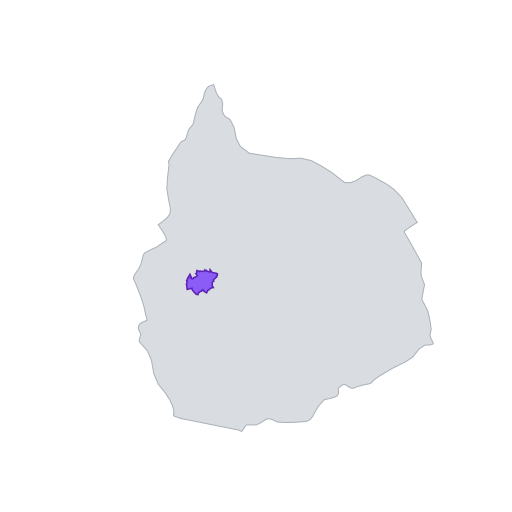 location of Umzingwane, Matabeleland South, Zimbabwe, rotated 58°
{"feature_id": "62879985B43566873745809", "entity_name": "Umzingwane", "entity_type": "district", "adm_level": 2, "iso_a3": "ZWE", "parent_name": "Zimbabwe", "parent_adm1": "Matabeleland South", "projection": "albers", "projection_center": [28.89, -20.328], "detail": "fine", "context": "in_parent", "style": "filled", "palette": "violet", "viewbox_px": 512, "rotation_deg": 58, "n_neighbors": 0, "source": "geoboundaries", "source_scale": "gbopen_adm2", "svg_char_len": 4146}
<svg xmlns="http://www.w3.org/2000/svg" viewBox="0 0 512 512"><g transform="rotate(58 256 256)"><path d="M347.9,410.6L344.1,407.9L338.9,406.2L332.2,405.3L323.6,405.5L312.9,406.8L301.5,405.0L289.3,400.0L279.2,398.3L267.1,400.3L266.6,400.4L264.5,398.7L261.2,395.1L255.7,394.5L254.2,393.7L252.9,392.3L252.1,390.6L251.8,388.8L252.7,382.9L252.2,382.2L250.8,381.5L247.7,380.8L240.4,378.1L231.3,375.6L216.4,372.8L210.6,372.1L209.3,371.2L207.6,369.1L204.7,362.3L201.9,357.9L195.5,351.1L194.4,348.9L194.7,343.5L195.2,339.1L195.8,335.3L195.5,331.8L195.4,327.5L195.5,324.5L194.7,323.3L192.3,322.4L185.7,322.1L177.6,322.3L177.3,317.9L176.5,311.1L174.9,307.1L173.0,305.1L169.3,303.0L161.7,300.2L151.4,295.8L142.6,289.4L132.4,281.3L129.3,280.0L125.4,272.3L119.5,259.3L119.8,254.9L118.9,252.8L113.3,246.4L112.0,243.1L111.0,239.7L102.0,230.4L98.9,226.3L96.5,221.0L94.2,216.8L92.2,215.2L89.6,212.3L87.8,209.1L87.0,206.6L87.5,203.3L88.3,201.1L96.8,203.2L101.4,203.3L105.0,202.1L109.4,203.6L114.8,207.8L120.6,208.5L126.8,205.7L135.2,206.4L145.9,210.5L154.7,211.2L165.2,207.3L174.4,196.7L183.1,186.7L191.7,175.3L196.9,166.0L204.5,158.5L214.7,152.7L225.0,147.7L240.8,141.8L244.0,136.8L245.0,131.5L245.0,124.0L245.9,119.1L247.5,116.9L250.1,115.2L253.6,113.0L264.0,107.3L272.8,103.7L283.6,101.4L295.3,101.4L306.6,101.5L313.0,101.5L313.0,108.7L313.4,116.8L314.7,117.6L323.1,117.9L336.7,118.6L349.8,119.3L358.1,125.3L360.9,126.6L369.6,128.3L380.5,138.3L393.8,139.5L402.9,142.7L410.9,146.2L415.4,150.4L418.4,151.3L422.5,151.7L424.4,152.2L423.9,155.1L421.1,159.9L421.3,166.9L424.8,176.8L425.0,185.3L423.5,200.2L423.2,214.7L423.5,219.9L424.0,223.3L424.7,225.2L424.5,227.4L422.2,233.4L420.3,239.8L420.1,242.3L419.4,244.1L418.1,245.7L412.3,248.5L411.2,250.3L411.2,253.6L411.9,256.4L414.0,257.5L416.5,259.1L417.5,261.2L417.5,263.4L416.5,267.5L414.1,274.2L416.2,281.9L418.6,287.0L422.0,292.9L423.4,296.6L423.3,299.1L422.7,301.6L417.1,312.1L413.2,318.6L408.4,325.6L402.1,329.8L400.5,331.9L399.8,334.4L399.9,339.7L399.5,345.2L394.1,353.6L397.2,361.0L396.5,361.7L394.7,362.7L387.0,370.8L379.3,379.0L373.6,385.0L367.2,391.8L360.0,399.4L353.9,406.0L347.9,410.6Z" fill="#d9dde1" stroke="#a8b0b8" stroke-width="1"/><path d="M258.0,325.6L257.8,325.5L257.7,325.5L257.6,325.3L257.4,325.0L257.2,324.8L257.2,324.7L256.8,324.2L256.7,324.2L256.7,323.8L256.7,323.7L256.8,323.6L256.7,323.4L256.6,323.0L256.6,322.9L256.6,322.7L256.5,322.4L256.6,322.2L256.5,321.9L256.7,321.7L256.7,321.3L256.7,321.2L256.9,321.1L257.0,321.0L257.0,320.9L256.9,320.9L256.9,320.7L256.7,320.2L256.7,319.7L256.8,319.5L256.7,319.5L256.6,319.4L256.5,319.5L256.4,319.5L256.4,319.4L256.4,319.2L256.4,318.9L258.8,318.7L261.1,317.4L260.8,316.9L260.2,316.0L259.7,315.0L259.5,314.8L259.8,313.2L259.2,312.3L259.4,311.6L259.5,310.4L260.2,308.9L258.0,308.9L255.0,306.9L255.0,305.1L254.8,305.0L253.6,304.7L253.3,302.4L252.9,300.3L252.1,300.4L252.0,300.0L251.8,298.9L251.2,298.6L250.5,298.1L249.6,298.9L246.7,301.9L243.3,302.2L245.2,303.6L242.3,306.1L242.3,305.9L242.3,305.7L241.7,305.8L241.5,306.2L241.6,306.3L241.5,306.5L241.4,306.4L241.2,306.5L241.8,306.6L241.1,308.3L240.6,309.9L240.5,310.0L240.3,310.1L240.2,310.2L239.1,311.4L238.9,311.7L239.3,312.2L237.0,313.7L237.1,313.8L237.4,314.4L238.0,314.7L238.9,315.3L239.1,316.5L240.2,316.2L240.5,316.1L240.8,316.1L241.1,316.0L241.4,315.9L241.8,317.0L242.0,317.7L241.6,318.8L241.4,319.8L241.2,320.4L241.9,321.1L241.7,321.8L241.5,322.4L240.5,322.9L239.9,323.2L239.8,322.1L238.8,322.0L236.6,321.7L236.8,322.0L237.1,322.3L237.2,322.5L237.3,322.5L237.5,322.8L237.4,322.8L237.5,322.9L237.5,323.0L237.4,323.0L237.5,323.1L237.5,323.3L237.5,323.5L237.6,323.8L237.7,324.0L237.9,324.3L237.9,324.5L238.0,324.6L238.0,324.8L238.1,325.0L238.3,325.1L238.4,325.3L238.5,325.4L238.6,325.6L238.8,325.7L238.8,325.8L239.0,325.9L239.0,326.0L239.1,326.3L239.4,326.6L239.5,326.7L239.5,326.8L239.7,327.1L239.8,327.1L239.9,327.3L239.9,327.5L240.0,327.5L240.0,327.8L242.0,328.6L243.3,330.2L243.7,330.2L246.0,331.2L247.2,331.8L247.9,332.1L249.4,327.4L250.2,328.0L251.1,327.9L251.6,327.9L253.2,327.8L253.3,327.8L256.9,327.0L258.0,325.6L258.0,325.6Z" fill="#8b5cf6" stroke="#5b21b6" stroke-width="1.5"/></g></svg>